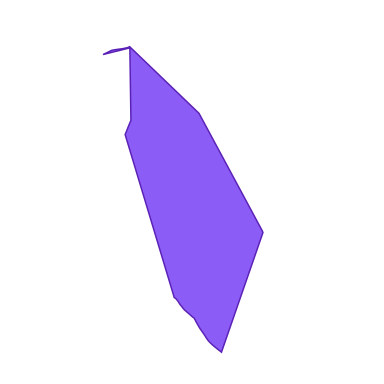 Esperance, Soufrière, Saint Lucia, rotated 340°
{"feature_id": "8701671B64891030149560", "entity_name": "Esperance", "entity_type": "district", "adm_level": 2, "iso_a3": "LCA", "parent_name": "Saint Lucia", "parent_adm1": "Soufrière", "projection": "equal_earth", "projection_center": [-61.054, 13.808], "detail": "fine", "context": "isolated", "style": "filled", "palette": "violet", "viewbox_px": 384, "rotation_deg": 340, "n_neighbors": 0, "source": "geoboundaries", "source_scale": "gbopen_adm2", "svg_char_len": 1171}
<svg xmlns="http://www.w3.org/2000/svg" viewBox="0 0 384 384"><g transform="rotate(340 192 192)"><path d="M148.8,115.2L143.9,202.5L139.9,273.2L139.4,281.8L139.2,285.1L140.4,286.7L141.4,289.7L142.3,293.7L142.9,295.3L143.8,298.1L144.3,299.5L144.5,300.1L146.9,304.3L149.8,309.7L150.8,311.0L151.0,312.2L151.3,313.8L151.3,314.4L151.4,315.2L151.6,316.0L151.7,316.8L151.8,317.8L152.0,318.5L152.1,319.4L152.2,320.0L152.4,320.8L152.5,321.5L152.7,322.4L152.8,323.2L153.1,324.1L153.3,325.0L153.5,325.7L153.7,326.5L154.0,327.4L154.1,328.0L154.4,328.9L154.6,329.7L154.8,330.6L155.0,331.4L155.2,332.3L155.4,333.2L155.5,334.0L155.8,334.8L155.9,335.5L156.2,336.4L156.4,337.2L156.7,337.9L157.0,338.7L157.3,339.3L157.6,340.0L158.0,340.8L158.3,341.4L158.7,342.3L159.1,343.0L159.5,343.6L159.8,344.2L160.1,344.7L160.4,345.3L160.9,346.0L161.4,346.9L161.7,347.4L162.1,348.1L162.4,348.6L162.7,349.0L163.0,349.6L163.4,350.2L163.8,350.8L164.2,351.5L164.6,352.1L164.9,352.6L244.8,254.4L244.8,252.8L225.5,120.5L183.1,34.1L182.1,34.2L180.9,34.3L175.9,33.6L168.6,32.0L165.1,31.4L155.4,32.4L182.9,35.3L159.1,103.8L155.2,108.0L148.8,115.2Z" fill="#8b5cf6" stroke="#5b21b6" stroke-width="1.5"/></g></svg>